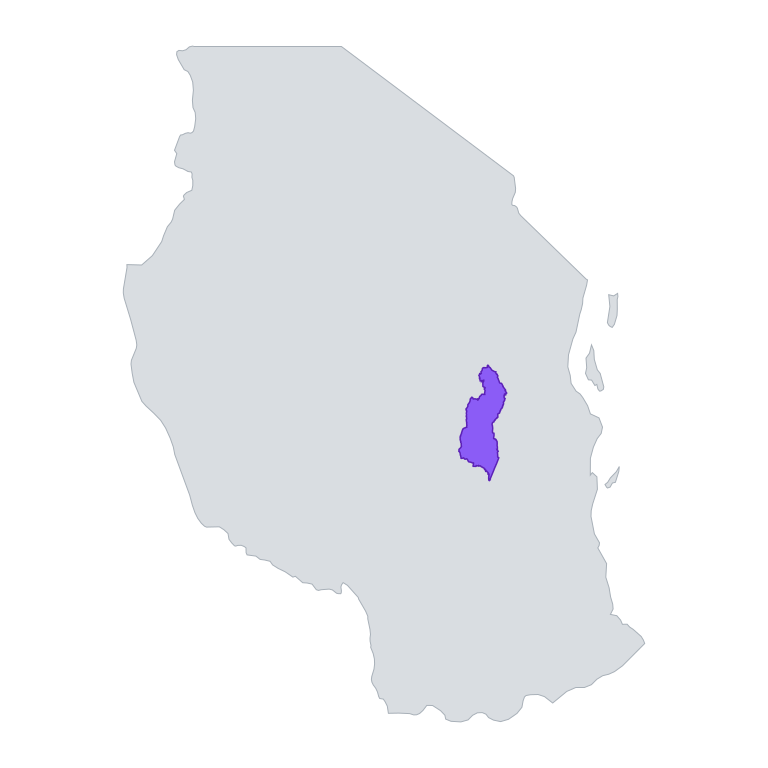 Kilosa, Morogoro, United Republic of Tanzania shown in context
{"feature_id": "72390352B53131574128845", "entity_name": "Kilosa", "entity_type": "district", "adm_level": 2, "iso_a3": "TZA", "parent_name": "United Republic of Tanzania", "parent_adm1": "Morogoro", "projection": "equal_earth", "projection_center": [37.018, -6.957], "detail": "fine", "context": "in_parent", "style": "filled", "palette": "violet", "viewbox_px": 768, "rotation_deg": 0, "n_neighbors": 0, "source": "geoboundaries", "source_scale": "gbopen_adm2", "svg_char_len": 9290}
<svg xmlns="http://www.w3.org/2000/svg" viewBox="0 0 768 768"><path d="M292.9,577.1L285.2,571.8L278.3,568.5L272.6,564.9L270.1,561.3L264.7,560.0L260.1,559.4L255.9,556.1L247.1,554.9L246.1,552.7L246.0,547.9L244.4,546.6L241.3,545.3L237.8,545.4L235.7,546.1L234.5,545.8L231.7,542.9L229.0,539.3L228.0,533.5L223.9,529.7L219.3,526.8L206.5,527.1L204.5,526.2L201.4,523.3L197.8,518.4L195.0,512.8L192.4,505.3L189.7,495.1L174.8,454.6L173.3,446.9L170.3,438.4L165.6,428.0L160.6,420.2L153.8,413.2L146.1,406.1L141.9,401.4L133.9,382.3L132.2,373.3L131.0,364.1L131.4,360.3L136.3,348.3L136.8,345.0L136.2,340.4L133.7,330.9L130.6,319.3L124.2,298.3L123.3,293.0L123.4,289.0L127.0,267.6L126.9,264.6L141.7,265.0L152.4,255.6L161.7,241.6L163.6,235.7L167.4,226.7L171.1,222.2L172.6,219.1L174.7,210.2L179.6,204.1L184.4,199.4L183.4,196.1L184.1,194.9L186.7,192.5L191.8,190.3L192.8,185.6L192.8,180.3L191.9,177.3L192.1,173.9L191.3,172.0L188.0,171.5L183.0,168.8L178.8,167.7L176.0,166.2L175.0,165.0L174.5,161.8L176.8,153.6L174.5,150.3L179.6,136.6L180.6,135.0L182.4,134.8L185.4,133.3L188.1,132.7L190.4,133.2L192.0,132.6L193.5,131.1L194.7,126.5L195.7,118.7L195.2,112.5L193.0,107.6L192.4,100.2L193.4,90.3L192.7,82.0L190.3,75.4L187.9,71.5L184.2,69.7L178.3,59.6L176.6,54.7L176.9,51.7L178.9,50.4L182.6,50.8L186.1,49.7L189.3,46.9L192.5,46.1L194.1,46.5L341.4,46.5L513.5,175.8L514.2,177.4L515.6,188.5L515.3,192.3L512.6,198.7L511.9,202.0L511.8,204.4L512.5,205.3L514.7,205.6L516.7,207.1L517.4,208.3L518.8,213.2L520.7,215.6L586.0,279.0L587.5,279.9L586.6,285.2L582.9,298.1L582.6,303.5L581.2,309.8L579.8,314.0L576.0,332.1L572.9,338.9L568.5,354.8L567.8,366.9L570.2,375.4L571.1,383.4L576.1,391.2L580.1,394.0L582.8,397.6L587.6,405.7L590.4,413.9L599.0,417.9L602.5,427.1L601.2,433.4L597.2,438.6L593.4,447.1L590.4,458.2L590.3,475.2L592.3,472.6L596.9,476.8L597.4,489.3L592.7,503.9L591.2,510.7L591.0,516.5L594.4,533.9L599.5,542.8L599.1,545.6L597.8,547.9L606.6,563.6L605.8,577.2L609.1,587.8L610.6,597.0L612.7,604.1L613.1,609.0L610.4,614.4L616.8,615.7L620.6,620.1L622.4,624.3L627.1,624.2L629.6,627.0L633.2,629.4L641.2,636.5L643.4,640.1L644.7,643.5L622.5,665.8L614.5,671.6L608.8,674.2L602.7,675.7L596.9,679.2L591.4,684.7L584.4,687.5L575.8,687.5L566.8,691.4L552.7,703.0L544.5,696.6L538.1,694.5L530.6,694.7L526.1,695.5L524.5,696.9L523.1,700.8L521.9,707.3L517.0,713.4L508.5,719.3L500.6,721.6L493.5,720.1L488.6,717.6L486.0,714.2L482.3,712.6L477.4,712.8L472.6,715.3L468.1,719.9L460.9,721.9L451.0,721.3L445.7,719.1L444.9,715.2L440.6,710.7L432.6,705.5L426.8,705.4L423.0,710.4L419.6,713.5L416.5,714.8L413.7,714.9L409.7,713.6L398.7,713.1L388.4,713.3L387.3,706.1L385.1,701.7L383.3,699.1L379.7,698.5L378.7,696.5L377.5,692.0L375.7,688.2L373.3,685.0L371.9,682.1L371.4,679.4L371.8,676.4L374.0,669.1L374.6,664.0L374.4,658.9L373.2,653.6L370.7,647.3L371.0,645.5L370.1,641.2L370.0,638.2L370.5,634.4L370.0,629.5L367.8,618.9L367.8,616.2L365.6,611.1L358.6,599.0L358.3,597.5L347.4,585.3L343.1,582.6L341.5,584.9L340.9,587.0L341.4,590.9L341.2,592.9L340.7,593.7L338.1,593.6L336.5,593.2L332.4,589.9L329.2,589.1L321.3,589.7L318.5,590.4L316.3,589.7L312.1,584.1L307.1,583.0L302.7,582.7L295.4,576.3L292.9,577.1ZM600.2,373.5L603.8,386.9L603.3,389.4L600.8,391.0L599.5,391.1L597.9,389.0L596.8,384.4L594.9,385.5L591.6,380.1L588.4,379.8L585.5,373.4L586.7,367.7L586.0,358.1L589.5,353.2L591.5,344.9L593.8,350.6L594.3,359.4L597.3,369.8L600.2,373.5ZM617.6,293.4L617.9,296.6L617.2,299.6L617.3,309.2L617.0,315.5L614.4,324.3L612.2,327.4L610.2,326.5L608.6,325.0L607.4,322.6L609.9,306.5L608.7,294.7L613.7,295.9L617.6,293.4ZM610.1,487.1L607.5,488.0L606.6,487.2L605.0,484.5L607.7,482.3L610.3,478.0L616.4,471.6L619.3,466.5L618.8,471.4L615.4,482.3L612.4,483.0L610.1,487.1Z" fill="#d9dde1" stroke="#a8b0b8" stroke-width="1"/><path d="M459.0,449.3L459.0,450.3L458.9,450.8L458.9,451.4L459.3,451.4L460.0,452.8L460.2,453.6L460.3,455.1L460.7,455.7L460.8,456.7L461.0,457.4L461.0,458.2L461.2,458.4L461.8,458.4L463.7,457.9L464.5,459.0L465.3,459.2L466.6,458.8L467.1,459.1L467.9,460.4L468.4,461.5L468.9,461.9L470.8,462.2L471.3,462.5L471.8,462.5L472.3,462.9L473.0,463.1L473.3,462.9L473.5,463.0L473.5,463.9L473.0,466.0L473.3,466.1L473.4,466.3L475.9,466.4L476.1,466.3L476.3,465.6L476.5,465.6L478.0,465.9L478.4,465.7L478.6,465.5L478.9,465.8L479.0,466.1L479.6,465.9L480.6,465.9L480.8,466.3L481.2,466.7L481.7,467.0L482.6,467.2L483.0,467.7L483.6,467.9L484.1,468.2L484.4,469.0L484.7,468.9L484.9,469.0L485.0,469.2L484.9,469.6L485.4,470.0L485.4,470.3L485.9,470.3L486.0,470.6L485.6,470.9L485.6,471.0L485.7,471.3L486.2,471.1L486.7,471.5L486.9,471.4L487.5,472.2L487.9,472.4L488.2,472.9L488.2,473.2L487.9,473.7L487.9,474.0L488.2,474.4L488.5,474.6L489.0,474.4L489.0,475.0L488.8,475.7L488.9,476.2L488.8,476.4L488.6,477.2L488.8,478.0L488.6,478.7L488.9,480.3L489.3,480.6L490.1,479.9L489.7,479.6L490.3,478.7L490.6,477.9L493.8,470.2L494.4,468.5L494.8,467.7L495.3,466.4L495.7,465.8L495.9,464.9L496.3,464.3L498.8,457.8L497.9,457.0L497.7,457.0L497.6,456.1L497.7,455.5L497.6,454.0L497.4,452.4L497.5,452.1L498.2,451.4L497.9,450.8L497.6,450.7L497.6,450.3L497.4,450.0L497.2,450.0L497.2,449.7L497.0,449.4L497.4,449.4L497.4,446.9L497.1,445.6L497.2,443.6L497.1,441.6L495.9,439.4L495.4,439.1L495.2,439.4L494.7,438.8L493.7,438.6L493.6,438.2L494.0,435.5L494.0,433.6L493.9,433.2L492.9,433.0L492.5,432.4L492.5,432.0L492.5,430.6L492.7,428.7L492.6,427.0L492.4,425.9L492.4,425.3L492.1,424.9L492.1,424.0L492.5,422.7L493.2,422.2L493.3,422.0L494.0,421.8L494.2,420.8L495.0,420.3L494.9,419.8L495.0,419.6L495.7,419.1L496.3,418.4L496.5,418.4L496.6,418.2L497.0,418.1L497.0,417.9L496.9,417.8L497.0,417.6L497.4,417.4L497.6,417.0L497.8,417.0L497.7,416.6L497.9,416.3L497.9,416.1L497.7,414.8L497.8,414.7L497.8,414.0L498.2,413.7L498.8,413.5L499.2,413.1L499.3,413.1L499.3,412.9L499.7,412.7L499.8,412.0L500.0,411.7L500.1,411.4L500.0,411.2L500.3,410.8L500.5,410.6L500.4,410.4L500.6,410.3L500.8,409.4L501.1,409.0L501.3,408.8L501.3,408.7L501.6,408.6L501.7,408.2L502.0,408.1L502.2,407.8L502.3,407.3L502.4,407.1L502.6,406.9L502.4,406.3L502.6,406.0L502.8,405.9L502.8,405.6L503.0,405.4L502.9,405.2L503.1,405.1L503.1,404.7L503.4,404.5L503.5,404.3L503.5,403.9L503.6,403.4L503.5,403.1L503.4,402.4L503.5,402.4L503.5,402.2L503.8,401.5L503.9,401.3L504.2,401.1L504.2,400.9L504.4,400.8L504.6,400.5L504.6,399.9L504.8,399.4L504.9,399.1L505.0,398.8L504.9,398.8L504.8,398.5L504.6,398.6L504.6,398.4L504.4,398.0L504.2,397.8L504.1,397.4L504.2,397.0L504.0,396.7L504.1,396.4L504.2,395.9L504.1,395.6L504.4,395.5L504.3,395.2L504.5,395.1L504.5,394.9L504.7,395.0L504.7,394.7L504.9,394.8L504.9,394.6L505.0,394.7L505.2,394.4L505.2,394.1L505.4,394.0L505.6,393.7L505.8,393.9L505.8,393.6L505.9,393.4L506.2,393.4L506.5,393.2L506.4,393.0L506.6,392.9L505.1,390.6L505.6,390.1L502.9,386.5L503.1,386.2L502.8,385.8L501.9,383.9L501.4,383.3L500.8,383.4L500.4,383.3L499.8,382.9L499.5,382.5L498.7,380.1L498.4,379.7L498.1,378.6L498.1,378.4L497.7,378.0L497.4,377.3L497.5,377.2L497.5,376.6L497.8,376.2L497.7,375.9L497.8,375.8L497.5,375.4L497.2,374.5L496.8,374.4L496.8,374.0L496.3,373.8L496.1,373.6L495.7,372.2L495.8,371.8L495.5,371.8L494.6,371.6L493.4,371.0L491.8,370.1L491.3,369.3L490.1,367.6L489.0,367.0L488.8,366.1L487.9,365.2L487.4,365.6L487.3,367.3L487.1,367.5L485.0,367.8L484.6,367.6L484.2,367.7L483.6,367.6L483.2,367.7L483.1,368.0L482.4,368.5L482.3,369.0L482.2,370.0L482.1,370.3L481.6,371.1L481.0,371.6L481.1,372.7L481.3,373.3L481.1,373.5L480.6,374.0L480.3,373.7L480.1,373.9L479.7,374.0L479.6,373.9L479.3,374.8L478.9,375.4L479.5,376.7L479.5,378.2L479.5,378.4L479.9,378.4L479.8,378.6L479.6,378.6L480.0,379.9L480.2,380.9L481.5,380.6L481.5,381.1L481.7,380.8L482.6,380.7L483.7,380.2L483.8,380.8L483.7,381.2L483.4,381.8L483.3,382.0L482.8,382.0L482.9,386.4L483.5,386.9L483.8,386.9L484.2,387.2L484.4,387.5L484.9,387.5L485.2,387.9L484.2,389.0L485.1,390.4L484.6,393.2L484.7,393.6L484.6,394.1L484.7,394.4L484.2,394.4L483.9,394.5L483.6,394.3L482.3,394.2L481.5,394.4L481.2,395.3L480.2,396.2L479.8,396.3L479.3,397.5L479.2,398.5L478.2,398.7L478.2,398.9L478.4,399.0L478.3,399.7L477.8,400.1L477.7,400.1L477.1,399.0L476.3,399.2L475.1,398.8L473.3,399.0L473.0,398.4L472.7,397.7L472.2,397.5L471.9,397.2L471.5,397.5L471.3,398.0L470.5,398.5L470.1,400.0L470.2,400.6L469.7,401.9L469.3,402.7L467.9,404.6L467.8,405.0L467.9,406.1L467.5,407.0L466.9,407.9L466.6,408.2L466.4,408.9L466.0,409.0L466.1,409.9L466.3,410.1L466.3,410.4L466.5,410.6L466.7,410.9L466.6,411.2L466.7,411.3L466.6,411.7L466.6,412.1L466.3,413.1L466.6,414.9L466.2,416.1L466.4,416.2L466.4,416.4L466.5,416.5L466.6,417.0L466.5,417.8L466.7,418.4L466.6,418.7L466.6,419.3L466.5,419.5L466.3,419.7L466.4,419.8L466.3,420.5L466.5,421.6L466.5,421.8L466.8,422.4L466.6,422.9L466.7,423.5L466.7,424.0L466.7,424.3L466.9,425.0L466.9,425.5L466.7,425.8L466.6,426.3L466.7,426.9L466.8,427.1L465.3,427.8L464.3,428.0L463.1,428.8L462.9,429.0L462.9,429.4L462.6,429.6L462.5,430.1L462.1,431.0L462.1,431.3L461.7,432.2L461.6,432.9L461.5,433.0L461.5,433.7L461.1,434.1L460.8,435.3L460.6,435.4L460.3,436.2L460.5,436.3L460.4,436.7L460.3,436.9L460.2,437.1L460.1,437.5L460.2,438.6L460.3,439.1L460.2,439.4L460.3,439.8L460.2,439.9L460.4,440.3L460.4,440.5L460.5,440.8L460.8,441.5L460.7,441.6L460.8,441.8L460.7,442.0L460.7,442.4L461.0,442.9L461.3,443.4L461.2,444.9L461.3,445.7L461.5,446.1L461.4,446.5L461.3,446.8L461.0,447.0L460.5,447.9L459.0,449.3Z" fill="#8b5cf6" stroke="#5b21b6" stroke-width="1.5"/></svg>